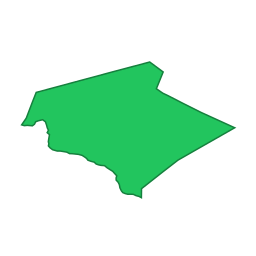 the district of Olivedos, Paraíba, Brazil, rotated 96°
{"feature_id": "56859067B6926108859412", "entity_name": "Olivedos", "entity_type": "district", "adm_level": 2, "iso_a3": "BRA", "parent_name": "Brazil", "parent_adm1": "Paraíba", "projection": "robinson", "projection_center": [-36.214, -6.971], "detail": "fine", "context": "isolated", "style": "filled", "palette": "green", "viewbox_px": 256, "rotation_deg": 96, "n_neighbors": 0, "source": "geoboundaries", "source_scale": "gbopen_adm2", "svg_char_len": 1063}
<svg xmlns="http://www.w3.org/2000/svg" viewBox="0 0 256 256"><g transform="rotate(96 128 128)"><path d="M116.6,21.9L107.5,49.1L104.9,56.9L97.6,76.3L91.5,92.0L89.8,96.9L86.0,103.9L68.6,98.9L60.1,113.3L73.2,147.7L88.0,186.1L102.2,223.0L111.9,225.7L128.8,230.2L136.0,234.1L136.5,231.4L135.9,228.4L135.8,223.3L134.0,221.4L131.5,220.5L130.3,218.2L128.7,213.8L130.4,210.8L133.6,209.3L136.3,208.3L138.5,206.9L141.1,207.9L142.8,205.4L147.3,205.7L150.0,205.8L151.9,205.1L154.1,205.3L155.9,203.4L157.5,200.7L158.3,196.0L158.0,193.0L158.2,189.4L158.4,186.3L159.6,183.4L159.4,180.9L159.4,178.6L159.4,174.6L160.0,170.8L161.4,168.0L162.6,166.0L164.2,164.5L165.0,161.3L165.5,158.0L167.1,156.0L167.7,153.6L168.0,151.0L167.9,147.4L169.7,144.7L171.4,141.3L172.7,138.6L174.6,136.6L176.7,134.2L178.9,134.6L181.1,134.3L182.9,132.2L185.2,130.7L188.3,129.8L191.1,128.1L192.8,126.4L193.5,124.0L193.9,121.4L193.6,118.7L193.4,115.8L194.4,113.0L194.9,109.9L195.9,107.4L186.9,108.2L168.2,89.0L154.7,74.9L138.5,52.4L116.6,21.9Z" fill="#22c55e" stroke="#15803d" stroke-width="1.5"/></g></svg>